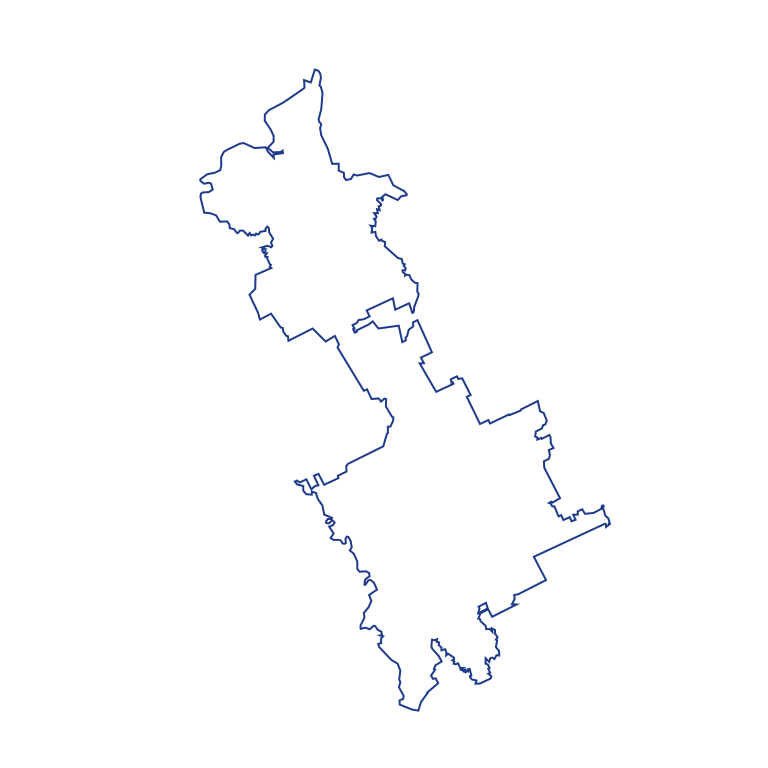 outline of Kota Medan, Sumatera Utara, Indonesia, rotated 332°
{"feature_id": "22746128B40654739963843", "entity_name": "Kota Medan", "entity_type": "district", "adm_level": 2, "iso_a3": "IDN", "parent_name": "Indonesia", "parent_adm1": "Sumatera Utara", "projection": "robinson", "projection_center": [98.666, 3.642], "detail": "fine", "context": "isolated", "style": "outline", "palette": "blue", "viewbox_px": 768, "rotation_deg": 332, "n_neighbors": 0, "source": "geoboundaries", "source_scale": "gbopen_adm2", "svg_char_len": 6139}
<svg xmlns="http://www.w3.org/2000/svg" viewBox="0 0 768 768"><g transform="rotate(332 384 384)"><path d="M450.5,125.2L449.9,121.7L450.5,119.6L457.5,112.1L466.3,98.3L467.8,91.8L467.1,90.2L472.2,83.8L473.4,80.2L473.2,76.8L470.6,73.9L460.9,83.4L456.1,78.2L453.0,84.9L451.9,85.4L427.5,88.2L410.9,88.2L405.3,90.2L402.3,95.6L403.4,105.9L403.0,113.2L400.3,118.2L392.3,120.9L394.8,127.4L401.8,130.7L404.0,130.4L403.1,132.7L394.2,129.5L392.9,132.6L390.7,124.9L390.6,119.4L380.5,114.9L373.2,105.4L369.4,104.1L356.1,103.6L351.7,103.8L346.8,107.1L342.7,115.0L339.8,118.3L334.1,118.1L326.3,115.8L317.8,117.1L317.3,118.8L319.2,122.7L323.9,124.1L325.3,125.9L324.1,131.9L319.4,132.3L313.8,129.8L311.6,130.0L309.6,133.0L305.7,148.3L310.8,151.7L314.9,156.2L315.3,163.6L321.9,166.9L322.4,170.4L321.0,173.9L324.4,177.1L324.9,181.2L325.8,182.2L328.8,180.9L331.6,182.5L333.6,189.1L336.3,187.6L336.4,190.4L338.4,190.6L339.7,192.2L341.6,191.2L342.4,192.6L344.4,192.8L346.2,191.5L351.2,193.2L352.3,191.2L354.9,190.2L355.5,192.1L353.8,196.4L354.3,203.7L350.5,206.2L350.3,209.7L348.5,210.3L346.1,207.2L339.9,206.0L342.2,208.6L339.5,208.4L339.0,209.6L339.3,211.5L341.6,211.0L340.4,212.6L341.9,213.6L339.0,214.9L339.0,216.1L340.8,217.1L339.8,218.3L339.4,224.5L340.1,225.7L338.1,227.0L338.9,228.7L321.8,227.3L315.0,239.5L307.2,242.0L306.2,262.2L304.7,268.8L317.3,268.9L319.3,285.6L320.9,286.9L319.7,290.7L320.3,295.6L321.6,296.7L319.9,301.0L347.0,301.5L352.4,319.1L363.2,318.5L362.8,327.8L360.1,330.0L363.0,380.5L366.5,380.8L366.0,391.4L372.5,394.3L373.2,398.1L377.5,397.1L378.8,398.3L375.1,404.8L375.7,416.6L376.6,417.8L374.8,420.8L369.6,424.6L367.4,423.5L364.4,429.2L363.3,429.2L354.1,438.7L314.8,437.6L312.1,438.8L309.8,443.7L300.1,443.4L299.6,445.7L283.8,444.9L284.0,432.6L279.1,432.1L278.5,442.6L275.0,441.8L270.4,442.9L270.7,431.7L263.4,431.4L261.9,428.4L259.5,428.3L260.2,432.0L264.8,436.2L262.6,440.4L263.7,444.9L268.3,447.8L269.9,445.2L272.8,448.3L271.6,454.4L272.6,462.4L269.9,471.3L275.2,477.7L273.8,478.3L271.1,476.9L268.6,477.8L267.7,479.5L269.8,481.2L274.4,479.9L275.3,483.2L272.7,484.7L268.7,484.2L269.3,492.4L264.5,494.9L266.2,497.9L271.3,500.6L272.5,502.4L272.5,505.4L274.6,506.7L275.6,506.5L277.4,502.6L279.5,501.3L280.8,502.4L280.8,507.3L278.9,512.9L275.7,515.0L277.7,519.7L277.1,528.2L273.7,534.5L274.1,538.1L280.4,541.1L282.1,544.0L281.1,546.9L275.6,547.8L272.6,551.8L273.1,552.6L277.8,550.1L280.0,550.5L281.8,554.6L281.3,562.2L271.8,563.3L271.0,569.7L265.3,574.0L258.7,576.7L257.0,581.2L249.8,586.3L248.5,589.2L253.3,590.5L256.3,593.9L261.2,592.6L262.5,593.5L263.1,598.4L265.4,601.4L264.5,604.5L262.5,604.1L264.8,606.3L262.1,607.2L259.7,611.5L256.9,610.8L256.2,613.8L261.1,631.5L264.7,637.1L263.9,644.7L258.7,652.0L258.4,655.1L254.8,658.7L255.0,668.5L253.0,671.1L249.1,670.7L247.4,674.5L255.8,684.5L261.0,688.5L267.4,682.2L278.1,676.9L276.5,676.9L291.4,673.6L291.4,668.1L288.8,667.3L288.7,663.5L295.0,660.3L294.2,659.2L297.3,656.5L304.6,656.1L304.6,649.8L302.3,640.4L302.6,637.9L306.4,632.3L308.5,634.1L311.1,634.2L309.5,636.5L311.3,638.0L309.7,640.3L311.0,643.6L309.7,646.1L313.5,646.9L313.1,650.4L311.4,652.8L314.0,652.3L317.3,658.5L316.6,660.0L314.6,660.1L315.8,662.1L314.2,663.7L315.7,665.1L318.3,665.4L318.0,670.6L320.3,671.7L317.7,671.9L317.8,672.8L321.1,673.9L319.2,675.1L320.8,677.0L322.2,675.4L323.3,677.2L324.5,675.3L325.9,675.8L324.2,682.5L322.7,682.3L322.3,683.3L323.0,686.3L326.5,689.2L324.1,691.6L328.0,693.5L339.8,694.1L341.6,692.4L340.0,688.8L342.2,688.8L342.3,684.3L343.9,684.3L344.0,680.5L342.4,678.6L345.0,673.9L346.4,678.7L349.2,676.0L351.1,676.4L352.4,678.7L356.0,676.3L358.3,677.9L360.2,673.7L359.3,668.8L363.6,663.4L362.8,662.2L365.4,661.0L364.9,656.6L366.5,653.3L364.4,650.3L363.3,653.6L362.3,650.0L359.2,648.4L360.2,645.1L357.9,638.8L358.3,636.5L357.1,635.4L361.4,631.9L359.4,630.8L362.9,627.0L363.0,625.0L371.3,625.1L370.2,630.8L359.6,630.7L361.4,631.7L370.2,631.9L370.2,640.3L397.5,640.9L393.6,638.5L398.5,635.1L399.9,631.4L403.7,632.6L435.0,633.2L435.2,606.9L513.4,611.1L514.1,611.9L513.0,614.5L517.7,613.7L517.2,612.5L518.2,611.9L519.0,607.9L517.6,604.1L519.0,597.9L518.3,596.7L520.6,595.2L520.6,594.2L519.5,593.8L516.9,596.3L508.4,596.2L500.5,593.0L500.2,587.6L495.2,587.4L493.8,590.3L489.7,588.3L489.4,593.8L485.1,593.2L485.5,588.8L478.5,588.3L478.9,583.0L476.0,582.9L477.0,572.0L475.1,571.0L475.0,567.8L473.9,566.5L476.4,566.4L477.1,567.8L485.8,567.5L486.2,533.3L488.9,527.3L494.5,527.5L497.3,524.4L498.5,519.7L503.6,520.1L503.4,514.9L506.1,509.0L506.1,506.6L497.5,506.5L497.5,505.4L493.3,505.1L494.3,503.2L492.8,501.3L495.8,497.2L502.4,497.4L505.4,494.9L507.4,495.5L510.5,492.8L511.4,484.7L509.0,481.3L511.8,471.2L493.1,470.8L492.1,471.6L480.3,470.4L480.2,469.6L459.1,468.6L459.2,464.8L450.0,464.4L451.1,434.2L455.3,434.4L455.7,415.7L452.0,414.4L452.1,411.5L445.2,411.2L444.2,414.6L445.5,414.7L445.4,416.4L426.4,415.4L425.2,382.6L429.0,384.4L429.0,378.0L441.2,378.5L443.5,343.3L438.5,343.3L436.9,346.8L431.2,347.8L426.9,352.5L424.8,353.3L423.8,355.7L419.8,355.6L424.4,339.4L405.2,332.4L403.4,323.4L398.2,324.3L384.8,323.8L384.7,325.0L382.3,324.9L382.5,321.1L383.9,321.2L383.9,317.2L388.4,317.4L391.6,315.6L396.8,317.4L403.1,317.5L403.2,310.9L432.1,312.5L428.8,323.7L444.1,324.5L442.4,334.5L444.0,334.4L446.9,330.1L455.6,322.5L456.9,320.6L456.8,317.9L461.0,310.8L458.7,309.0L457.1,304.2L457.6,299.9L454.9,297.9L453.5,298.1L454.4,296.7L453.1,294.1L453.8,292.3L456.0,293.7L457.5,292.1L456.9,288.9L458.5,288.0L457.1,286.4L458.4,282.0L455.5,279.4L449.3,262.7L451.7,259.2L449.5,256.7L449.6,255.3L446.8,255.2L446.4,249.5L447.8,245.6L444.1,244.5L447.0,240.5L446.5,237.9L450.4,240.6L453.1,236.4L452.7,233.5L454.4,234.0L456.0,232.8L455.5,228.5L458.7,230.3L459.9,226.4L461.8,228.4L462.7,224.7L465.3,225.0L465.8,223.5L464.2,218.4L465.1,217.0L468.7,218.5L468.7,221.2L469.5,221.1L470.5,217.8L474.4,217.2L482.5,228.0L487.4,226.3L492.5,228.0L493.2,227.2L492.5,223.4L485.5,212.9L486.0,201.4L476.8,198.9L470.3,191.0L458.2,187.3L455.6,184.8L451.0,187.5L446.2,186.0L445.8,182.6L447.7,178.9L444.2,174.3L447.4,168.2L441.6,165.3L444.8,150.2L445.4,134.7L447.7,128.1L450.5,125.2Z" fill="none" stroke="#1e3a8a" stroke-width="2"/></g></svg>